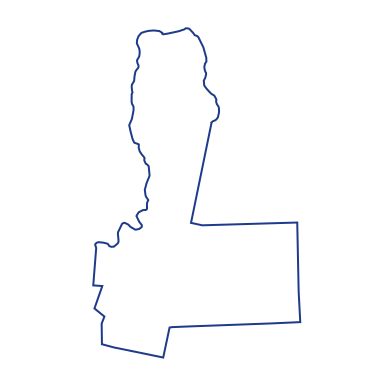 outline of Charlton, Georgia, United States of America, rotated 177°
{"feature_id": "52423323B4621357576796", "entity_name": "Charlton", "entity_type": "district", "adm_level": 2, "iso_a3": "USA", "parent_name": "United States of America", "parent_adm1": "Georgia", "projection": "orthographic", "projection_center": [-82.072, 30.717], "detail": "fine", "context": "isolated", "style": "outline", "palette": "blue", "viewbox_px": 384, "rotation_deg": 177, "n_neighbors": 0, "source": "geoboundaries", "source_scale": "gbopen_adm2", "svg_char_len": 2070}
<svg xmlns="http://www.w3.org/2000/svg" viewBox="0 0 384 384"><g transform="rotate(177 192 192)"><path d="M169.0,259.6L169.1,260.3L167.5,261.5L165.7,262.1L164.1,263.0L162.2,265.2L160.8,270.4L160.7,273.9L161.0,275.8L162.7,278.7L163.2,281.4L162.8,283.0L164.2,286.2L164.9,287.3L167.5,289.0L169.7,291.5L172.2,294.6L174.2,297.7L174.4,302.6L172.9,305.1L171.7,308.9L171.8,310.5L172.3,311.2L172.8,312.9L173.2,316.2L172.2,319.6L170.8,321.5L170.7,325.3L173.1,335.9L177.5,346.2L178.7,347.5L181.1,348.5L182.5,350.8L185.9,354.8L186.5,355.3L188.4,355.7L189.7,355.8L191.2,354.8L197.0,353.2L207.6,351.5L212.1,351.0L213.1,351.2L213.5,351.8L213.3,352.4L216.1,354.4L221.5,355.3L226.4,355.2L229.8,354.7L233.7,353.7L234.5,353.3L237.4,350.2L238.9,346.6L239.3,343.3L237.2,338.0L236.9,335.1L237.2,332.0L237.7,330.0L240.0,326.4L239.8,323.8L238.7,320.8L239.1,319.0L241.6,316.1L242.3,314.9L243.4,310.2L244.0,305.8L246.4,302.3L246.7,300.6L246.6,296.6L246.2,294.5L247.1,293.0L247.6,285.0L247.1,282.6L246.7,282.1L245.9,280.1L246.1,276.7L248.2,268.1L251.2,262.0L250.2,255.8L248.6,248.1L247.2,244.5L246.9,244.2L242.8,242.5L242.6,242.2L242.9,239.2L242.1,235.3L240.0,231.8L238.6,230.1L237.6,228.4L238.0,226.5L237.8,225.5L236.7,222.7L235.2,221.7L233.9,220.0L233.5,210.5L236.9,203.2L239.0,196.7L238.6,191.2L237.9,189.1L237.2,188.2L236.1,186.2L237.2,184.1L237.6,182.6L237.8,177.9L238.0,177.2L239.2,176.4L240.5,176.6L242.2,176.4L246.3,174.5L248.3,171.7L248.7,170.9L246.3,165.1L243.9,161.7L243.9,160.1L244.3,159.5L246.6,157.9L250.2,157.3L251.3,157.8L255.3,160.4L256.9,162.4L257.8,163.1L260.6,164.6L261.5,164.8L263.5,163.9L268.0,155.6L268.2,153.8L268.0,150.2L267.9,147.8L268.1,145.8L269.0,144.4L272.9,141.5L275.5,141.5L277.4,142.3L278.6,144.4L278.9,144.7L282.9,146.0L288.2,146.8L290.0,146.2L291.0,145.3L291.5,144.5L290.6,141.1L295.5,103.9L286.5,102.8L292.7,87.6L295.5,80.8L286.0,72.2L289.1,65.3L289.9,44.7L278.2,40.9L229.4,28.2L221.5,57.8L219.1,58.1L201.7,57.9L119.3,56.6L90.7,56.4L90.7,86.9L88.5,156.0L183.5,158.2L191.2,160.3L194.6,161.2L169.0,259.6Z" fill="none" stroke="#1e3a8a" stroke-width="2"/></g></svg>